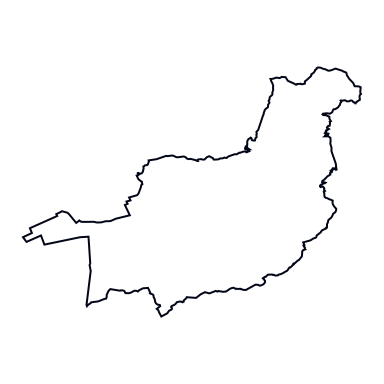 Turt, Satu Mare, Romania
{"feature_id": "2599482B52636092588365", "entity_name": "Turt", "entity_type": "district", "adm_level": 2, "iso_a3": "ROU", "parent_name": "Romania", "parent_adm1": "Satu Mare", "projection": "natural_earth1", "projection_center": [23.217, 48.001], "detail": "fine", "context": "isolated", "style": "outline", "palette": "ink", "viewbox_px": 384, "rotation_deg": 0, "n_neighbors": 0, "source": "geoboundaries", "source_scale": "gbopen_adm2", "svg_char_len": 6032}
<svg xmlns="http://www.w3.org/2000/svg" viewBox="0 0 384 384"><path d="M361.0,94.0L360.3,92.9L360.3,91.0L360.7,87.3L358.8,86.4L354.6,86.2L353.2,83.0L349.2,78.8L347.0,75.4L346.4,73.0L345.7,72.3L343.3,71.5L342.3,70.8L335.6,68.6L330.4,70.5L328.3,70.7L325.3,69.3L322.2,68.5L320.8,67.7L318.2,67.5L317.1,67.8L316.6,68.3L316.5,69.1L315.1,70.0L315.0,70.7L313.9,72.5L311.3,74.4L311.2,75.0L311.4,75.0L310.9,76.2L306.2,80.5L305.3,80.9L304.8,82.1L304.9,83.6L302.7,84.2L300.9,84.1L300.7,83.8L297.0,84.0L296.7,84.6L295.9,84.7L294.1,83.6L287.8,80.8L285.6,77.2L281.8,76.9L279.6,78.1L276.3,77.6L273.2,78.7L270.5,79.0L270.9,79.7L271.2,81.2L272.3,83.0L273.2,85.8L273.0,87.9L273.2,89.8L272.3,92.8L272.4,94.5L271.6,95.5L270.1,96.7L269.6,97.7L269.6,99.2L268.6,100.9L269.5,102.6L268.1,104.8L268.0,106.9L267.7,107.4L265.7,108.9L264.6,110.3L264.5,111.2L263.9,112.4L263.6,114.3L262.8,116.1L258.2,129.9L256.4,131.9L256.8,134.0L256.4,134.5L256.6,137.2L255.5,138.1L254.9,140.5L253.9,140.6L252.0,140.2L251.7,139.9L251.7,139.1L251.5,138.3L250.7,137.6L248.4,139.2L247.6,140.4L247.2,141.9L247.3,144.8L245.7,146.7L245.0,148.3L245.1,149.0L245.5,149.3L245.8,149.2L245.9,148.4L246.6,147.9L246.5,147.5L247.1,146.8L247.4,148.0L249.2,149.2L248.1,149.2L247.7,149.7L247.7,150.4L248.2,150.9L248.9,150.6L249.4,151.1L248.7,151.5L247.1,151.2L246.7,151.6L246.9,152.2L246.6,152.3L244.9,151.4L242.7,151.8L239.8,152.9L239.2,152.7L237.0,154.2L234.4,154.3L229.1,156.2L227.6,156.9L227.3,157.5L226.2,158.0L224.3,157.6L222.8,158.3L220.0,158.5L218.6,159.3L215.4,159.6L213.6,159.5L213.0,158.2L209.2,156.2L206.7,157.3L204.6,159.5L202.8,159.6L201.1,159.1L198.1,159.5L197.1,160.3L197.6,161.0L197.4,161.0L195.4,160.1L190.6,158.9L188.4,159.1L186.6,158.4L186.0,157.5L184.5,156.7L183.6,156.5L177.6,157.3L175.8,157.0L173.9,155.9L172.1,155.5L167.8,156.1L166.1,155.9L156.5,159.2L148.6,160.4L148.9,161.8L147.9,163.9L147.9,164.4L147.4,164.9L144.7,165.5L144.2,166.2L143.4,166.5L143.6,168.7L143.1,170.3L143.1,171.2L141.9,173.2L140.1,173.8L138.5,173.0L137.0,173.2L137.9,173.5L138.9,174.6L137.8,175.3L136.7,175.6L138.1,178.5L138.7,179.5L142.0,181.9L141.8,182.6L142.4,184.1L141.4,184.9L140.7,187.7L138.7,193.1L137.3,195.1L129.1,197.5L130.5,200.4L126.5,201.5L127.6,203.8L124.9,205.0L129.8,215.3L115.9,218.7L110.4,221.1L105.2,221.3L101.2,222.4L96.8,222.5L93.8,221.8L82.5,221.9L80.5,221.5L79.4,220.5L76.2,222.9L69.0,214.1L67.4,212.7L61.8,211.2L60.7,212.0L56.3,214.1L57.2,216.0L29.9,228.2L31.9,233.0L23.0,237.2L26.5,241.9L41.0,235.5L44.4,244.6L80.2,237.2L88.5,236.7L90.2,262.9L90.2,263.6L89.6,265.0L90.7,271.0L86.5,305.0L87.0,306.2L88.2,304.7L90.7,303.2L90.8,302.6L91.2,302.3L98.2,301.4L104.2,299.0L106.1,298.6L106.7,296.9L106.7,294.9L108.4,291.1L110.3,289.1L120.0,290.7L120.9,290.3L121.3,290.5L122.5,290.3L124.4,291.0L125.4,293.1L128.8,293.2L130.9,292.6L134.4,290.7L136.8,290.9L137.9,291.5L139.2,290.2L143.0,288.3L148.0,287.9L150.6,293.4L150.2,293.5L150.4,293.7L152.1,294.1L153.4,295.1L153.7,297.3L154.7,299.1L155.2,301.9L155.9,303.3L157.5,304.6L159.8,305.0L160.2,306.1L156.8,308.9L158.4,310.3L159.0,312.2L161.3,316.5L167.3,313.3L169.0,310.8L171.4,309.6L172.0,308.7L171.9,308.1L171.1,307.0L171.7,306.0L173.9,305.1L175.4,304.1L176.9,302.2L179.9,301.5L181.5,301.8L182.5,302.3L183.7,301.7L183.6,300.6L186.0,298.5L186.5,297.9L186.7,297.2L196.1,297.9L200.7,294.3L204.9,292.2L209.4,293.4L215.8,290.9L217.4,291.6L218.3,291.0L223.1,291.8L226.1,291.5L229.8,288.9L232.2,287.9L233.8,287.8L235.9,289.0L236.2,288.7L238.8,289.0L240.1,288.7L240.8,289.2L241.5,289.1L242.9,289.8L245.8,290.0L255.4,284.7L258.0,284.8L259.8,285.7L261.6,285.2L263.5,284.2L264.8,282.7L265.1,281.9L265.0,280.8L264.2,279.8L264.1,279.2L262.8,278.4L262.9,278.2L264.8,276.9L265.7,276.8L267.9,274.7L272.2,274.5L273.1,275.1L273.9,274.8L275.4,275.6L278.1,275.3L278.5,274.7L281.5,273.9L287.3,270.6L289.4,267.5L289.9,267.3L290.3,267.5L291.7,266.3L292.3,265.4L293.3,264.8L293.3,263.7L293.9,263.4L294.3,263.6L294.4,263.3L295.1,263.0L297.0,261.2L299.3,259.6L301.9,256.3L302.2,252.8L302.1,251.8L303.0,250.2L305.2,249.4L304.9,249.1L304.8,248.4L305.0,247.9L304.5,247.0L303.9,246.6L304.3,245.7L303.6,245.2L304.3,244.6L303.2,242.4L310.6,240.3L313.1,238.6L315.9,237.6L316.4,236.9L316.7,235.4L320.7,232.4L320.9,231.8L322.1,230.3L326.4,228.3L326.6,228.0L326.2,227.6L327.0,227.1L327.0,224.1L327.8,222.6L328.4,220.0L331.3,217.6L332.7,215.2L333.0,213.9L334.9,212.5L335.7,211.5L336.2,209.7L336.2,208.8L333.9,206.1L332.7,203.9L332.5,201.9L332.7,200.6L330.3,199.5L329.0,199.2L327.6,198.3L326.0,197.9L324.7,197.0L324.4,196.0L324.3,193.1L324.1,192.9L323.8,191.5L325.0,190.9L324.1,189.7L324.0,189.0L324.3,188.6L324.1,187.9L322.5,186.4L320.7,187.1L320.0,186.4L320.1,185.5L321.1,184.6L324.1,183.3L324.7,183.3L325.5,182.7L324.3,182.3L323.0,182.5L322.1,182.1L322.5,180.8L324.3,179.6L327.5,176.3L330.3,174.6L330.0,173.8L330.5,173.3L330.2,172.8L330.5,172.1L331.9,171.9L331.9,171.6L331.0,170.7L332.6,170.3L332.9,169.2L332.1,169.3L332.9,168.2L333.6,168.3L334.9,169.2L335.6,169.2L336.0,169.8L336.6,169.5L336.4,169.0L335.5,168.5L335.6,167.9L336.3,168.1L335.8,163.7L331.5,151.3L331.5,147.6L330.3,143.6L330.6,141.0L330.4,137.8L328.3,136.3L324.9,136.3L325.7,135.7L325.0,135.7L325.3,135.1L327.7,134.2L328.2,134.3L328.4,133.7L326.3,133.3L326.2,132.7L325.2,133.1L324.9,133.0L325.7,131.9L325.9,130.8L326.2,130.7L326.3,130.2L326.6,130.0L327.4,130.2L327.6,129.6L328.9,129.0L327.8,128.2L327.2,128.2L327.0,127.8L327.4,127.6L327.2,127.1L327.9,126.1L329.7,125.7L329.8,124.5L330.1,123.0L329.7,121.7L330.9,121.1L329.6,119.1L329.3,117.6L329.5,117.1L328.9,116.4L327.7,116.1L326.1,115.2L323.3,115.1L322.5,114.4L323.2,113.6L324.0,113.9L325.2,113.3L327.7,113.3L329.3,113.7L330.1,113.6L331.8,112.5L332.3,112.0L333.1,109.9L333.7,109.2L335.2,109.2L338.3,107.2L338.7,106.2L339.8,105.1L340.5,102.7L341.3,101.9L341.3,101.3L340.7,100.5L340.9,100.4L342.5,100.7L344.8,100.2L346.9,101.3L349.0,101.3L350.3,100.6L351.7,100.5L352.4,100.9L353.4,102.2L354.5,102.4L355.1,103.3L355.5,103.3L355.5,102.8L356.6,102.2L356.7,101.8L359.9,99.7L359.5,96.3L359.9,95.0L361.0,94.0Z" fill="none" stroke="#020617" stroke-width="2"/></svg>